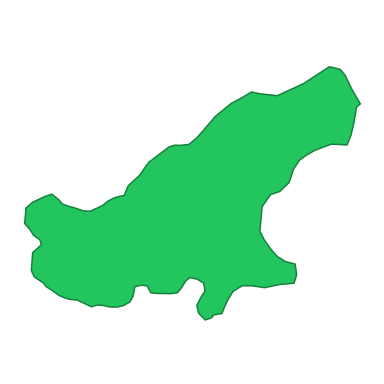 Hadong-gun, South Gyeongsang, South Korea, rotated 91°
{"feature_id": "91817680B17319558643664", "entity_name": "Hadong-gun", "entity_type": "district", "adm_level": 2, "iso_a3": "KOR", "parent_name": "South Korea", "parent_adm1": "South Gyeongsang", "projection": "mercator", "projection_center": [127.804, 35.134], "detail": "fine", "context": "isolated", "style": "filled", "palette": "green", "viewbox_px": 384, "rotation_deg": 91, "n_neighbors": 0, "source": "geoboundaries", "source_scale": "gbopen_adm2", "svg_char_len": 1544}
<svg xmlns="http://www.w3.org/2000/svg" viewBox="0 0 384 384"><g transform="rotate(91 192 192)"><path d="M101.0,25.2L85.9,34.3L72.6,41.0L66.8,46.0L64.3,56.8L81.8,82.6L94.2,108.4L92.6,125.9L90.9,134.2L97.6,145.0L102.6,154.1L115.7,169.7L125.3,177.7L130.6,182.0L138.0,188.4L144.4,195.8L145.5,203.8L145.5,210.2L147.6,216.1L157.2,228.3L163.1,235.8L170.0,240.6L175.8,244.3L187.0,256.0L196.6,259.7L197.7,264.5L199.3,269.8L202.5,275.7L207.3,281.6L209.9,286.9L213.1,293.8L212.6,300.7L209.9,309.2L208.3,315.6L206.2,321.5L201.9,325.2L196.6,332.1L199.3,339.6L202.5,346.0L205.1,351.3L211.0,357.7L219.0,358.2L226.4,358.8L232.3,353.4L238.1,349.7L242.4,343.3L247.2,341.7L252.0,346.5L255.2,350.2L273.3,351.3L279.7,348.1L285.5,339.1L289.3,335.9L293.0,330.0L297.8,323.1L299.9,317.8L301.5,312.4L302.0,305.0L308.5,290.6L306.8,285.3L306.8,280.0L308.4,272.0L308.4,265.0L306.8,258.7L303.1,252.3L297.2,249.1L287.7,247.5L286.1,241.1L286.6,235.2L293.5,231.5L294.0,226.7L294.0,211.3L293.0,204.9L287.7,200.6L281.3,196.9L277.5,192.6L279.1,185.2L282.9,178.8L290.8,177.2L295.6,180.4L305.2,185.2L313.2,183.1L319.7,176.6L318.0,171.6L316.4,169.1L314.7,169.1L313.0,160.0L306.4,157.5L298.9,154.1L290.6,149.1L284.8,140.0L284.8,130.0L286.4,117.5L283.1,103.4L281.4,88.4L273.1,85.9L262.3,87.6L259.8,97.6L254.8,105.9L247.3,112.5L238.2,119.2L229.9,123.4L217.4,122.5L205.7,121.7L193.2,113.4L189.9,104.2L180.8,95.1L167.5,90.9L158.3,85.1L153.3,78.4L148.3,70.1L141.7,53.5L142.2,37.8L132.7,34.1L121.0,31.5L104.1,28.9L101.0,25.2Z" fill="#22c55e" stroke="#15803d" stroke-width="1.5"/></g></svg>